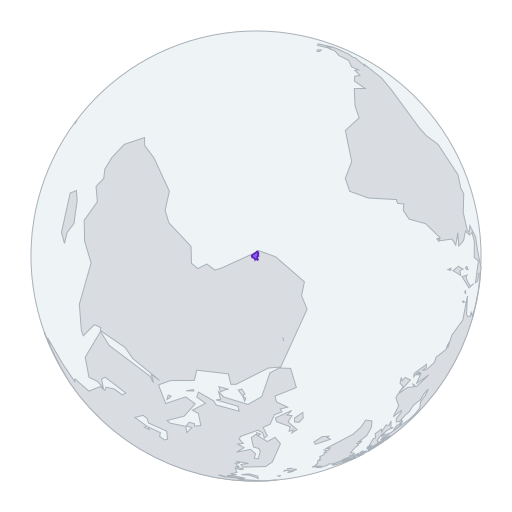 Bas-Sassandra highlighted on a globe, orthographic projection, rotated 166°
{"feature_id": "CIV-3448", "entity_name": "Bas-Sassandra", "entity_type": "Department", "adm_level": 1, "iso_a3": "CIV", "parent_name": "Ivory Coast", "parent_adm1": "", "projection": "orthographic", "projection_center": [-6.849, 5.451], "detail": "fine", "context": "on_globe", "style": "filled", "palette": "violet", "viewbox_px": 512, "rotation_deg": 166, "n_neighbors": 0, "source": "natural_earth", "source_scale": "10m", "svg_char_len": 9455}
<svg xmlns="http://www.w3.org/2000/svg" viewBox="0 0 512 512"><g transform="rotate(166 256 256)"><circle cx="256" cy="256" r="225" fill="#eef3f6" stroke="#a8b0b8"/><path d="M173.0,46.6L171.3,47.3L175.6,45.6L170.6,47.9L173.7,47.1L169.0,49.2L175.6,46.9L179.3,45.2L183.4,43.8L185.6,43.4L180.0,45.7L178.1,46.2L177.6,46.8L173.8,48.2L176.9,47.3L169.9,50.6L180.0,46.9L177.1,49.2L171.5,51.6L168.1,51.9L146.5,60.5L139.9,64.3L134.0,68.7L131.4,75.0L125.7,79.5L121.0,85.1L125.9,82.0L131.4,76.7L139.5,73.0L145.2,67.7L149.4,65.7L156.9,60.6L160.1,61.0L159.1,64.5L153.0,69.0L152.4,70.9L161.7,66.8L153.8,76.2L154.5,84.7L151.9,87.6L140.7,91.8L131.8,90.6L117.1,98.8L131.0,93.5L124.4,102.0L125.2,103.7L128.1,103.6L132.2,100.6L130.9,103.9L116.8,109.6L117.7,106.7L122.2,104.7L118.0,104.5L108.4,109.7L105.8,114.2L94.1,119.4L92.1,122.9L88.4,126.4L92.4,120.2L85.0,131.9L70.8,143.9L60.5,166.0L65.9,148.3L64.9,145.9L62.8,145.7L60.9,149.2L60.6,145.8L56.0,152.7L47.8,170.0L42.8,184.0L43.8,185.4L47.1,177.9L49.5,177.0L41.4,197.4L44.6,201.7L40.6,217.6L40.7,226.3L43.9,224.8L46.7,229.6L50.9,220.7L56.8,216.6L54.6,229.6L59.6,218.2L61.7,225.0L74.6,226.4L73.0,229.2L83.6,246.3L98.6,254.8L102.1,264.8L99.9,270.6L105.9,272.9L106.1,276.8L133.0,285.1L149.4,296.1L150.6,309.7L140.3,324.4L138.9,356.2L122.5,365.1L123.6,377.6L120.1,394.7L109.5,392.1L118.1,401.7L116.8,406.5L111.4,406.1L115.3,412.3L111.5,411.8L117.5,416.4L118.8,423.5L126.9,430.3L129.8,435.9L135.3,439.8L133.7,439.4L133.9,440.5L136.3,442.6L128.1,438.2L117.3,429.5L114.1,425.5L111.8,424.4L104.1,413.6L104.4,415.6L91.0,398.2L84.2,384.0L66.6,340.9L61.7,331.7L52.3,320.1L40.3,285.7L40.9,272.7L39.4,266.0L44.4,248.1L44.8,230.3L43.5,227.5L41.1,233.7L38.3,221.4L39.7,207.8L40.5,190.2L46.0,174.3L52.7,158.9L60.5,144.0L69.5,129.7L79.4,116.1L90.4,103.3L102.2,91.4L115.0,80.3L128.5,70.3L142.7,61.3L157.6,53.4L173.0,46.6ZM57.1,173.5L61.0,186.0L55.8,186.4L57.3,184.6L56.9,179.6L55.2,174.8L51.4,176.5L57.1,173.5ZM65.5,161.9L64.6,160.8L65.9,161.0L65.5,161.9ZM154.6,60.8L155.7,60.7L153.7,61.7L154.6,60.8ZM156.9,58.9L153.8,60.1L154.4,59.4L156.3,58.6L156.9,58.9ZM160.5,57.6L155.9,58.0L157.0,56.8L165.1,53.2L160.5,57.6ZM179.5,44.9L175.7,46.6L176.8,45.7L179.5,44.9ZM194.5,39.3L194.6,39.2L191.7,40.2L186.5,41.8L192.1,40.1L179.2,44.7L177.3,44.9L194.5,39.3ZM185.1,43.1L184.0,43.2L189.8,41.1L193.0,40.6L190.1,41.4L185.1,43.1ZM195.4,39.0L195.2,39.1L195.4,39.0ZM189.9,41.7L194.5,40.5L193.7,41.2L186.5,43.0L189.9,41.7ZM190.0,40.9L192.9,40.0L192.3,40.3L190.0,40.9ZM193.7,44.0L192.3,43.6L195.2,42.4L193.7,44.0ZM196.2,40.1L196.4,39.8L197.4,39.5L200.2,38.9L196.2,40.1ZM199.2,38.0L200.3,37.8L202.3,37.2L206.1,36.4L200.8,37.8L204.6,36.8L205.8,36.6L200.2,38.1L199.2,38.0ZM205.9,37.4L200.5,39.5L202.5,40.1L200.0,41.1L197.3,40.0L205.9,37.4ZM203.0,37.6L204.3,37.6L200.5,38.6L197.4,39.2L203.0,37.6ZM208.5,35.8L210.5,35.4L207.4,36.0L208.5,35.8ZM207.3,37.3L208.5,36.8L207.8,37.2L207.3,37.3ZM210.3,35.6L208.6,35.9L210.1,35.6L210.3,35.6ZM212.5,35.8L210.8,36.4L208.6,36.7L212.5,35.8ZM212.1,35.6L214.7,35.0L208.9,36.5L211.1,35.7L212.1,35.6ZM212.1,35.3L212.4,35.1L212.6,35.2L212.1,35.3ZM221.9,34.6L215.1,36.4L210.2,36.9L217.5,35.0L221.9,34.6ZM144.4,446.9L130.0,439.6L136.9,443.1L135.5,440.4L145.4,445.5L144.4,446.9ZM142.9,440.1L145.0,438.9L147.3,440.0L146.4,441.2L142.9,440.1ZM467.5,178.5L472.4,195.6L477.2,216.9L478.0,227.0L469.5,197.7L462.3,178.0L461.4,180.5L450.8,165.3L438.8,167.0L435.2,162.2L433.3,165.1L425.6,161.1L419.3,153.5L415.5,154.6L431.7,174.9L435.6,173.9L436.1,164.9L440.1,172.6L447.4,178.7L446.2,199.1L425.2,220.3L420.0,204.6L387.7,164.7L386.9,160.0L386.6,159.5L386.0,158.6L386.3,166.3L379.7,158.7L400.3,186.3L405.2,198.9L425.0,221.3L423.9,224.0L429.3,228.5L442.8,220.4L443.5,225.8L439.1,251.9L417.7,289.1L418.7,312.1L414.1,332.2L396.8,347.0L394.4,362.1L384.9,368.2L381.7,376.9L371.8,386.6L356.8,396.2L335.5,397.9L337.3,390.2L331.3,375.8L324.4,339.8L333.1,322.4L332.5,309.3L316.7,281.0L320.4,264.5L315.4,257.9L305.6,260.1L299.4,252.4L293.1,252.5L251.6,260.3L237.1,250.4L215.3,219.3L221.4,206.4L219.3,192.0L258.9,142.3L271.0,144.3L306.4,136.3L311.5,137.6L311.3,148.3L341.1,159.6L346.0,150.2L369.0,155.8L381.8,154.5L379.3,134.7L358.3,136.3L350.8,127.3L364.4,118.0L382.1,117.9L379.7,114.5L365.2,107.7L365.9,101.4L359.8,105.0L364.8,108.1L361.1,110.8L356.3,108.2L356.8,105.8L350.5,104.8L350.0,117.2L355.0,121.8L340.6,125.3L347.6,133.5L344.8,137.9L332.1,125.7L330.7,121.1L309.8,109.4L309.8,114.5L329.6,126.1L325.0,125.4L325.2,133.5L321.3,126.9L299.7,113.9L284.4,118.2L270.8,139.2L260.7,141.7L249.6,138.6L248.7,118.6L271.4,115.5L271.4,109.4L261.9,101.7L269.6,101.7L268.5,98.5L276.6,97.5L283.1,89.3L290.6,88.0L288.5,78.9L292.0,77.3L292.3,82.9L296.4,86.5L314.5,84.7L316.6,82.6L313.8,77.2L319.1,77.9L314.0,72.9L322.1,70.4L308.0,69.6L304.3,64.3L306.6,60.2L302.8,58.6L299.1,65.5L299.9,68.6L304.6,71.2L304.5,80.9L299.4,82.9L289.9,73.2L281.4,75.5L277.7,67.9L290.1,52.1L297.7,49.4L320.1,54.4L321.1,57.3L313.5,56.6L324.8,61.5L321.8,59.0L326.2,59.9L323.8,56.0L326.8,56.5L319.3,52.2L322.8,52.5L327.4,55.2L326.8,50.6L332.6,50.8L331.0,49.6L327.6,48.3L337.3,50.0L335.7,49.1L331.9,48.1L326.2,45.9L320.0,42.9L323.7,43.6L326.4,44.8L337.8,48.8L344.5,52.4L345.4,52.5L340.4,49.6L326.6,44.6L321.8,42.7L328.3,44.6L325.5,43.7L324.3,43.0L326.5,43.2L319.4,41.1L300.8,35.2L301.6,35.4L317.5,39.3L333.0,44.3L348.2,50.4L362.8,57.7L376.9,65.9L390.4,75.2L403.1,85.4L415.1,96.5L426.3,108.5L436.5,121.2L445.8,134.7L454.1,148.8L461.4,163.4L467.5,178.5ZM249.7,166.6L249.7,170.8L249.7,166.6ZM404.1,128.7L412.6,128.7L403.2,117.4L405.7,116.7L401.5,113.4L402.4,116.6L391.5,107.7L393.2,104.3L389.3,99.7L386.2,99.6L385.0,107.6L400.6,119.9L401.0,124.8L404.1,128.7ZM75.1,226.2L76.4,229.0L74.1,228.8L75.1,226.2ZM53.5,191.5L55.1,192.1L55.4,194.3L53.9,194.7L53.5,191.5ZM70.5,194.8L73.1,196.4L69.8,197.0L70.5,194.8ZM62.0,187.7L68.4,194.1L62.1,197.0L58.3,193.2L61.8,192.6L62.0,187.7ZM61.6,168.9L62.3,170.0L61.1,172.2L61.6,168.9ZM66.5,162.1L66.0,162.2L66.3,160.3L66.5,162.1ZM125.3,101.6L126.3,101.2L128.6,101.9L126.1,103.1L125.3,101.6ZM147.0,97.7L144.4,103.1L144.5,99.7L140.6,102.0L136.1,98.3L150.4,88.9L144.7,93.6L147.0,97.7ZM134.0,91.7L135.3,94.5L133.3,91.9L134.0,91.7ZM254.4,84.2L258.7,85.7L257.9,89.4L248.4,92.9L249.4,87.4L254.4,84.2ZM265.0,87.2L258.2,77.6L263.9,75.6L261.9,78.2L266.3,77.9L264.2,82.1L276.2,90.3L276.3,94.2L258.7,97.5L264.4,94.0L259.8,92.5L265.0,87.2ZM230.9,62.7L228.1,60.2L244.0,58.9L244.8,61.5L235.4,64.7L228.9,63.5L230.9,62.7ZM175.7,51.9L173.5,52.2L175.1,51.4L178.2,50.5L175.7,51.9ZM192.8,43.9L186.6,50.2L183.8,50.7L183.5,54.6L176.1,57.7L176.6,54.9L170.6,60.6L168.1,59.3L164.8,63.3L166.7,56.7L164.2,56.3L169.8,55.5L176.7,52.5L178.9,51.2L183.3,47.3L181.2,45.7L187.7,43.2L192.9,41.8L194.3,41.8L189.6,43.3L195.0,42.2L189.3,44.5L192.8,43.9ZM249.1,36.2L243.1,36.4L252.8,37.6L247.2,38.6L248.7,38.7L246.2,40.1L245.8,42.2L242.7,42.6L243.8,43.3L242.2,44.5L242.8,45.8L237.4,47.1L237.6,48.8L234.9,48.5L236.8,51.2L233.0,49.9L230.5,51.8L235.5,52.1L205.1,59.5L195.3,64.7L189.2,70.2L183.4,67.9L185.5,61.8L192.0,54.9L202.3,50.6L197.8,50.8L201.4,48.9L203.4,49.6L202.5,47.6L206.0,46.3L211.8,42.2L208.2,40.8L210.3,39.5L213.4,39.5L213.2,38.4L220.5,37.6L222.1,36.8L230.9,35.7L236.0,36.6L237.5,35.7L244.2,35.2L249.1,36.2ZM224.4,34.3L231.8,34.3L232.3,35.2L216.8,37.0L214.3,37.8L204.3,39.7L203.7,38.6L206.6,38.1L209.3,37.4L208.4,38.0L211.1,37.0L215.2,36.4L218.4,35.6L220.0,35.8L224.4,34.3ZM314.9,133.4L318.4,133.6L323.3,132.8L323.6,138.2L314.9,133.4ZM300.1,124.6L302.9,123.7L305.7,130.2L302.0,130.4L300.1,124.6ZM302.1,118.0L302.8,123.2L300.3,120.5L302.1,118.0ZM294.6,82.0L297.4,81.1L298.6,82.3L298.1,84.4L294.6,82.0ZM276.9,42.1L273.3,41.5L273.6,41.1L268.0,39.1L271.7,38.5L276.5,39.5L276.9,42.1ZM377.1,138.3L374.8,142.3L372.3,140.6L373.6,139.5L377.1,138.3ZM349.0,140.1L356.5,142.1L349.0,141.5L349.0,140.1ZM280.0,41.2L277.3,40.3L280.8,40.6L280.0,41.2ZM274.2,38.0L277.9,38.2L271.5,38.2L274.2,38.0ZM400.3,427.8L398.0,430.1L396.9,430.7L400.3,427.8ZM439.0,326.0L421.1,362.0L414.4,363.0L416.2,352.9L424.8,331.5L433.6,324.5L438.8,314.5L439.0,326.0ZM477.7,218.8L479.8,231.2L479.8,233.7L477.7,218.8ZM307.8,39.5L311.4,42.5L316.4,45.3L323.1,47.4L315.2,46.2L307.4,41.8L307.8,39.5ZM301.3,35.4L295.4,34.3L296.8,34.5L298.4,34.8L301.3,35.4ZM298.5,35.0L293.4,34.4L289.4,33.6L294.2,34.2L298.5,35.0ZM287.0,36.5L287.8,37.3L284.9,36.9L287.0,36.5Z" fill="#d9dde1" stroke="#a8b0b8" stroke-width="1"/><path d="M253.9,255.5L253.8,255.3L255.0,255.1L255.1,253.8L255.1,253.5L255.0,253.3L255.0,252.6L255.0,252.0L255.0,251.9L255.2,251.7L255.3,251.7L255.6,251.8L255.6,252.0L255.4,252.1L255.5,252.3L256.0,252.8L256.6,252.9L257.0,252.6L257.3,252.7L257.4,252.8L257.7,252.7L257.8,252.6L257.8,253.2L257.9,253.4L257.9,253.6L258.0,253.8L258.2,254.0L258.2,254.3L258.3,254.4L258.3,254.5L258.5,254.7L258.8,254.6L259.0,254.8L259.1,255.0L259.2,255.3L259.2,255.5L259.3,255.6L259.5,255.7L260.0,255.6L260.3,256.7L260.3,256.9L260.0,257.0L259.9,257.0L259.8,257.3L259.9,257.6L259.4,257.8L259.1,257.9L258.8,258.1L257.7,258.5L257.2,258.7L256.9,258.8L256.4,259.0L256.0,259.0L255.9,259.1L255.7,259.1L255.6,259.3L255.4,259.4L255.2,259.6L254.7,259.7L254.5,259.8L254.4,259.8L254.2,260.0L253.7,260.3L253.4,260.3L253.2,260.2L253.2,259.9L253.2,259.7L253.2,258.9L253.1,258.7L253.1,258.4L253.0,258.2L253.3,258.1L253.2,258.0L253.2,257.9L253.1,257.6L253.2,257.4L253.3,257.4L253.5,257.2L253.5,256.9L253.5,256.7L253.7,256.8L253.8,256.7L253.9,256.4L253.7,256.3L253.7,256.2L253.7,255.9L253.8,255.8L253.8,255.7L253.9,255.5Z" fill="#8b5cf6" stroke="#5b21b6" stroke-width="1.5"/></g></svg>